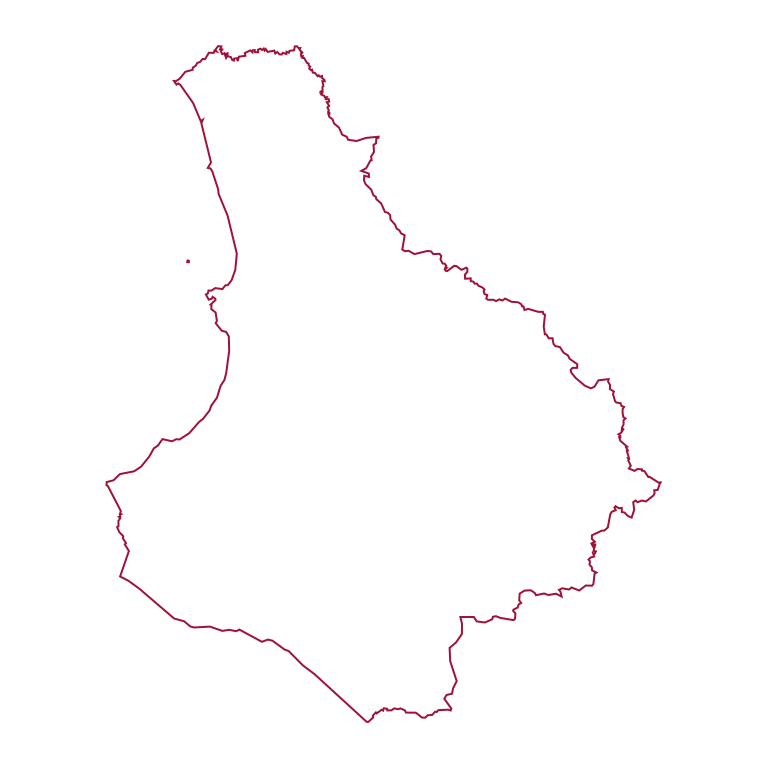 Santa Elena, Santa Elena, Ecuador
{"feature_id": "8360857B94997360470933", "entity_name": "Santa Elena", "entity_type": "district", "adm_level": 2, "iso_a3": "ECU", "parent_name": "Ecuador", "parent_adm1": "Santa Elena", "projection": "orthographic", "projection_center": [-80.568, -2.087], "detail": "fine", "context": "isolated", "style": "outline", "palette": "rose", "viewbox_px": 768, "rotation_deg": 0, "n_neighbors": 0, "source": "geoboundaries", "source_scale": "gbopen_adm2", "svg_char_len": 6018}
<svg xmlns="http://www.w3.org/2000/svg" viewBox="0 0 768 768"><path d="M613.9,391.6L609.9,389.0L610.1,385.1L608.1,381.7L608.6,379.1L598.5,380.3L594.3,386.9L590.8,388.3L584.8,385.7L575.5,377.8L571.3,372.6L570.6,369.9L572.5,367.9L577.1,367.9L577.3,364.2L569.7,358.9L567.9,355.4L563.6,352.7L559.9,347.1L555.2,346.0L553.5,343.9L552.5,338.2L548.8,338.4L546.3,334.3L544.9,334.3L543.7,326.5L545.0,314.7L543.2,313.8L542.8,311.8L538.5,311.9L528.2,308.9L524.5,310.0L523.4,306.3L522.1,306.3L521.3,304.3L518.2,302.3L511.6,301.8L505.1,298.6L502.5,300.5L499.3,299.4L496.0,301.1L493.6,299.8L488.1,299.8L486.3,298.7L487.2,295.0L484.6,294.1L483.6,291.1L484.5,289.5L482.3,287.4L478.5,285.8L476.9,283.6L474.6,283.6L473.5,281.7L470.7,281.1L470.7,278.4L465.1,278.7L464.9,274.6L467.3,272.0L467.3,268.5L466.3,267.7L461.4,269.8L456.4,266.1L454.2,265.8L447.3,271.0L445.7,270.8L444.8,269.4L446.5,268.0L445.3,267.8L446.4,265.9L444.7,263.7L442.5,263.4L440.5,259.3L441.2,255.9L439.5,253.8L433.3,254.1L431.1,251.4L427.3,251.0L414.5,254.1L408.6,250.8L405.0,251.2L402.3,249.6L404.7,235.3L401.1,233.4L399.3,230.3L396.6,228.6L395.2,224.8L390.5,219.5L390.1,215.1L388.0,212.9L384.9,211.9L381.3,203.6L376.3,199.1L375.8,196.8L373.4,195.2L371.2,189.6L365.6,184.2L364.0,180.4L364.2,175.8L369.0,176.9L368.8,173.5L361.3,170.9L366.3,168.1L370.4,160.5L371.6,160.3L371.1,156.7L374.0,151.9L373.5,144.9L376.0,143.3L376.3,138.5L378.4,137.9L378.6,136.7L366.0,137.9L356.7,141.0L348.2,139.8L346.6,136.6L342.3,134.8L338.9,127.5L334.1,123.5L332.5,119.3L329.3,116.9L328.3,113.8L329.4,113.8L329.4,112.5L328.2,111.8L328.7,110.1L327.4,107.4L329.2,105.9L326.8,102.2L329.2,101.6L328.7,99.1L325.9,99.1L326.8,97.2L324.9,97.4L324.4,95.9L321.2,94.5L322.1,93.2L320.8,92.8L322.1,91.9L321.0,91.4L322.5,90.5L322.5,86.9L323.4,86.0L322.4,81.2L324.7,81.3L324.4,79.9L321.9,77.8L322.0,76.0L320.0,76.7L318.7,75.3L317.6,76.2L315.1,73.0L312.8,72.6L312.0,69.7L311.0,70.2L309.2,68.6L310.2,66.6L308.8,65.6L308.6,63.5L307.1,63.0L304.1,58.0L302.5,58.0L302.8,56.1L301.3,56.5L300.9,54.2L301.9,53.4L301.1,52.2L301.9,52.0L299.5,49.6L300.2,48.1L298.6,48.2L297.0,46.3L294.8,46.4L294.1,50.3L289.5,50.8L288.9,52.7L286.5,51.8L286.4,54.0L282.8,52.8L281.7,54.5L279.6,54.4L277.2,52.0L275.3,53.5L274.3,50.6L267.5,51.9L265.7,49.0L264.6,50.5L263.7,48.6L262.1,50.0L260.4,48.7L258.0,49.7L258.2,52.3L255.0,52.1L254.7,50.0L252.7,50.3L252.5,52.4L250.2,50.4L244.9,53.0L245.4,55.8L238.9,56.7L237.7,61.1L237.0,58.2L234.2,58.6L233.8,60.6L232.0,59.7L231.1,57.3L227.5,56.0L227.6,53.3L226.3,53.6L227.1,56.4L226.1,58.0L224.3,53.2L222.2,54.1L221.4,52.7L220.8,50.2L223.2,49.3L220.1,49.3L221.4,46.5L218.1,46.1L215.3,49.8L216.6,51.5L214.4,50.8L213.7,52.9L208.9,52.7L205.1,59.1L202.6,58.9L200.1,61.9L197.2,63.0L195.7,65.8L192.8,67.6L192.6,69.8L185.3,71.8L179.7,78.7L176.0,81.1L174.7,81.3L174.4,80.8L173.9,80.9L176.5,84.6L178.1,83.4L180.3,84.8L193.1,103.0L201.1,122.0L201.7,120.5L202.8,119.8L201.4,123.4L211.0,162.4L207.8,167.9L210.5,168.5L212.3,171.4L218.1,189.1L218.6,193.8L227.6,215.7L236.8,253.6L235.3,269.8L231.6,280.2L227.8,285.1L225.3,285.4L222.4,289.1L215.3,288.1L211.3,290.6L208.5,290.5L207.8,293.4L205.9,294.5L208.8,299.7L211.9,298.6L212.6,296.8L215.3,298.7L215.5,300.0L210.6,304.6L211.5,304.9L211.3,309.1L215.6,312.5L216.9,320.8L215.7,323.2L221.8,330.8L226.2,331.9L228.8,336.4L229.2,350.6L226.2,373.1L224.4,380.0L220.6,385.8L217.0,397.6L211.3,405.6L209.5,410.6L203.0,418.9L199.2,421.8L189.3,433.1L179.5,439.5L176.3,439.2L172.0,441.3L162.5,439.1L157.8,445.7L153.8,448.4L149.2,456.7L141.0,466.7L134.1,471.3L119.9,474.1L113.5,480.3L106.7,482.1L106.5,485.1L108.0,486.3L120.8,511.0L120.2,513.4L121.1,514.0L119.8,514.4L120.3,516.8L119.0,517.0L120.2,518.3L118.4,520.9L118.5,526.1L117.1,527.1L119.3,532.1L123.3,536.2L122.9,538.4L126.0,543.0L124.8,544.4L128.9,551.0L120.1,576.5L128.6,580.9L139.1,588.5L174.1,618.5L184.2,621.3L190.2,626.4L193.9,627.5L209.9,626.6L222.4,630.9L229.2,629.8L236.1,631.2L239.4,629.6L261.9,641.8L267.9,639.6L272.5,640.7L284.8,649.7L288.6,651.0L302.9,665.4L314.7,674.3L366.7,721.9L368.4,721.9L373.1,717.5L372.9,715.5L375.9,712.4L376.7,713.4L381.6,709.8L383.1,710.6L383.7,708.3L387.1,708.8L387.3,710.4L391.5,710.3L394.2,708.4L398.1,709.2L400.4,708.4L404.8,710.3L406.0,712.6L415.9,712.7L422.0,717.6L425.3,717.6L427.6,715.3L432.2,714.9L435.1,711.7L436.6,712.0L438.5,710.1L448.1,709.7L450.7,710.5L451.3,708.5L444.3,698.8L446.5,695.0L452.0,693.7L453.0,688.5L456.7,681.1L450.2,661.2L449.6,647.9L456.0,642.5L461.9,634.0L462.0,623.7L460.4,617.0L473.9,617.0L476.7,621.4L484.9,622.5L492.2,619.3L492.9,616.8L496.0,616.2L500.6,618.0L513.6,620.1L515.0,618.8L515.4,613.4L513.1,610.9L513.4,609.7L517.7,607.5L518.6,604.5L521.2,603.0L519.2,600.4L519.7,593.6L524.5,590.6L530.8,590.3L534.7,592.9L536.0,595.2L544.0,593.5L548.4,595.0L556.1,593.7L561.6,596.6L560.5,591.7L559.0,589.9L562.1,588.3L569.1,589.5L571.5,587.5L579.2,590.5L585.8,585.5L592.0,585.7L593.4,584.0L594.6,573.7L596.4,572.6L592.1,570.4L591.8,567.2L589.5,564.7L590.0,561.4L588.5,559.5L590.9,557.4L594.2,556.5L593.0,553.1L594.8,553.6L595.9,551.4L593.5,551.0L595.3,544.5L593.8,544.3L593.1,546.7L591.4,543.5L594.8,541.8L591.9,539.0L591.9,535.3L601.7,530.7L604.4,530.5L607.8,527.5L610.3,514.1L611.7,511.8L615.7,510.2L614.4,507.5L615.5,506.2L618.9,508.3L621.7,507.9L621.9,512.1L624.5,512.5L627.6,515.8L631.6,517.6L634.2,509.8L633.2,502.2L635.5,500.5L637.7,502.2L641.9,500.5L645.9,501.5L653.5,495.4L654.6,493.2L654.2,490.3L657.7,489.9L660.0,483.0L661.5,482.1L658.7,482.7L649.7,476.9L648.3,477.0L644.4,471.1L641.9,470.6L642.0,469.4L637.4,469.0L634.6,470.9L628.9,468.5L630.8,465.7L628.2,460.3L629.0,459.3L628.1,458.3L629.0,458.3L626.8,450.7L627.9,450.5L626.0,447.2L627.2,446.7L620.3,440.8L619.2,437.3L620.4,437.4L620.3,435.8L618.5,434.3L621.5,432.5L621.8,430.0L622.5,430.6L623.4,429.3L621.9,427.8L623.6,424.3L623.5,420.3L625.5,418.5L623.3,417.0L622.6,412.9L622.6,409.2L624.1,406.9L621.5,405.9L620.5,403.1L616.5,402.6L615.1,401.3L613.0,394.0L613.9,391.6ZM188.8,262.3L189.0,260.9L187.6,260.5L187.2,262.1L188.8,262.3Z" fill="none" stroke="#9f1239" stroke-width="2"/></svg>